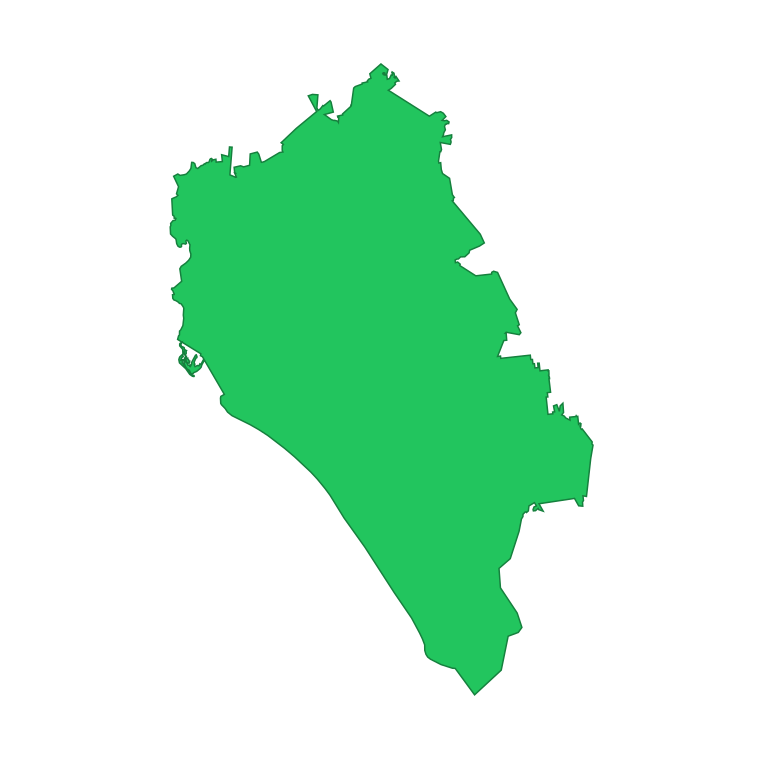 the district of Angostura, Sinaloa, Mexico, rotated 354°
{"feature_id": "50627088B44837755081847", "entity_name": "Angostura", "entity_type": "district", "adm_level": 2, "iso_a3": "MEX", "parent_name": "Mexico", "parent_adm1": "Sinaloa", "projection": "robinson", "projection_center": [-108.177, 25.118], "detail": "fine", "context": "isolated", "style": "filled", "palette": "green", "viewbox_px": 768, "rotation_deg": 354, "n_neighbors": 0, "source": "geoboundaries", "source_scale": "gbopen_adm2", "svg_char_len": 6131}
<svg xmlns="http://www.w3.org/2000/svg" viewBox="0 0 768 768"><g transform="rotate(354 384 384)"><path d="M524.7,339.2L522.1,326.9L524.2,323.7L517.9,312.7L508.6,284.9L504.8,283.3L502.8,284.2L502.5,285.9L486.6,286.0L471.7,274.1L472.3,272.8L470.0,270.4L467.7,270.8L467.7,268.1L469.5,267.4L471.1,267.4L473.4,265.6L477.7,265.9L482.3,262.5L483.2,259.9L493.4,256.8L498.5,254.2L495.4,245.1L471.0,209.0L472.1,208.7L472.5,206.4L473.5,205.9L471.8,202.9L470.7,186.3L464.2,180.8L463.4,176.6L463.5,169.8L461.7,170.0L461.5,168.0L463.9,158.8L464.7,158.9L465.7,156.9L465.2,149.7L475.0,152.6L475.8,151.0L476.0,150.1L475.7,147.6L477.1,146.0L477.3,143.3L468.1,144.2L469.3,142.1L469.6,140.6L471.6,137.6L471.1,134.3L471.5,133.4L472.3,132.1L473.5,132.1L474.0,131.4L475.5,131.8L476.1,130.2L473.9,128.3L471.7,128.5L469.4,127.9L473.5,124.5L471.3,120.9L468.8,119.1L464.8,119.7L463.9,119.0L457.1,122.4L419.0,92.3L422.1,90.8L426.7,87.2L426.2,85.7L428.4,84.2L430.6,84.2L428.1,79.5L427.0,80.9L426.1,80.0L426.7,78.9L426.4,75.9L424.7,74.5L424.3,75.3L425.2,75.6L424.4,77.8L423.5,77.4L421.4,80.8L419.1,81.3L419.1,77.3L416.4,76.6L416.2,77.1L416.2,76.5L415.2,75.3L415.8,74.4L417.1,74.6L416.7,75.9L419.1,76.1L420.9,71.7L414.4,65.4L402.3,74.0L403.0,78.6L400.6,79.3L399.0,81.0L399.3,81.8L393.7,82.4L393.6,83.4L386.5,85.2L384.8,86.5L380.6,103.5L380.2,103.3L379.9,104.5L371.0,111.1L371.1,112.1L365.8,112.7L366.0,114.0L366.9,113.9L366.0,119.1L365.3,117.7L362.4,116.6L361.9,116.8L359.3,115.6L352.9,109.8L362.0,108.3L360.8,98.0L360.0,96.6L352.9,101.2L352.3,100.7L349.3,103.8L347.1,105.0L346.1,102.5L348.5,89.5L343.1,88.5L338.8,89.5L345.5,106.0L323.5,120.6L306.9,133.3L309.0,135.2L307.7,136.4L307.2,140.9L307.7,142.7L304.3,142.9L288.3,150.3L285.6,150.8L285.2,150.7L283.5,142.3L282.2,140.1L275.0,141.2L273.2,152.4L267.1,153.4L264.2,152.0L257.6,152.8L257.6,158.1L259.1,159.6L257.6,158.8L258.8,162.8L258.2,163.0L252.6,159.9L257.7,132.6L255.1,132.1L253.3,141.6L246.5,139.0L246.5,145.9L240.3,145.8L240.3,142.9L237.7,143.2L235.8,144.4L235.8,143.9L236.6,143.1L236.7,142.6L236.1,141.7L235.2,141.8L234.4,142.4L233.2,144.9L232.4,145.4L231.0,145.2L229.3,146.0L229.1,146.5L228.3,146.3L226.5,147.6L225.0,147.7L221.3,150.2L219.6,149.2L218.8,145.0L217.3,143.7L215.9,143.5L214.5,149.4L212.7,151.7L209.5,154.5L207.1,155.0L202.9,155.2L200.9,153.6L196.5,155.4L200.3,166.3L197.5,173.2L198.8,174.8L197.1,176.1L192.4,177.6L192.3,178.1L191.5,193.5L191.6,194.1L192.8,195.2L192.7,197.2L194.1,197.3L194.4,197.6L193.4,199.3L191.2,199.5L188.6,202.0L188.6,204.0L187.8,205.4L187.4,212.5L189.2,215.0L191.9,217.7L192.3,218.6L192.5,222.8L193.5,225.4L194.9,226.5L196.3,226.6L197.0,226.1L197.1,224.2L198.0,223.5L199.1,223.4L201.3,224.1L202.2,223.5L201.9,221.1L202.8,220.3L203.8,220.8L205.6,225.3L204.9,228.6L204.8,231.1L205.5,234.6L205.0,237.7L202.7,240.5L199.4,243.1L194.6,245.8L193.0,248.1L193.5,260.7L185.1,266.5L183.0,266.5L182.6,267.5L183.9,269.5L184.3,271.5L184.7,271.9L184.7,273.0L183.0,273.1L182.9,276.8L183.8,278.4L186.0,279.5L188.2,281.3L188.9,282.4L190.6,283.0L192.4,286.3L192.8,287.8L191.6,294.6L191.7,297.7L190.1,304.9L187.4,309.1L186.2,310.0L185.7,313.8L184.7,314.7L183.4,318.1L205.0,334.8L204.4,336.6L206.3,337.9L224.1,377.6L220.4,379.3L219.9,381.0L219.6,386.2L220.2,387.6L223.4,391.7L225.5,395.6L229.5,399.6L246.7,410.5L254.6,416.2L263.0,423.0L278.2,437.4L287.3,446.9L301.9,463.8L307.7,471.5L314.4,481.7L318.7,489.0L330.3,513.1L347.9,544.2L372.4,592.6L387.0,619.7L393.4,635.4L395.6,641.6L397.2,647.7L396.7,653.2L397.5,657.3L398.9,660.1L401.5,662.6L411.4,669.0L422.3,673.8L425.1,674.3L441.6,702.6L470.7,680.8L481.1,647.8L491.6,645.1L495.7,640.5L492.5,625.7L478.5,598.9L479.1,579.4L491.3,570.9L502.9,544.7L506.6,532.6L508.3,530.4L508.6,528.1L511.1,526.0L511.8,526.0L512.3,526.7L514.3,525.3L515.4,520.4L521.2,517.7L522.9,521.2L520.4,521.9L519.1,524.4L519.3,525.8L521.5,525.8L524.2,523.8L524.7,525.1L529.0,527.1L525.6,519.3L561.5,517.7L564.9,525.5L568.9,526.3L569.1,522.1L570.2,520.8L570.2,516.0L573.6,517.0L581.8,479.7L585.5,466.6L584.8,465.9L584.6,464.9L585.0,463.4L576.4,449.4L575.6,449.8L575.0,448.8L574.6,446.3L575.4,446.3L575.4,444.6L575.8,444.3L574.9,443.3L573.3,444.4L573.3,436.4L572.3,436.5L571.8,435.6L571.3,436.4L565.2,436.4L565.2,439.4L561.0,436.6L560.1,434.9L557.5,433.3L559.6,431.1L559.9,421.8L556.9,424.2L555.6,429.6L553.7,422.6L550.3,423.5L550.8,429.5L548.8,429.5L548.8,431.3L543.9,431.3L543.9,414.0L545.6,414.0L545.5,409.7L548.8,409.6L548.6,396.0L549.2,396.0L549.2,394.6L548.9,394.5L549.0,393.3L548.6,393.2L548.6,392.2L549.1,391.7L549.3,388.1L548.6,388.1L548.7,387.1L540.5,387.2L540.5,379.5L539.0,379.4L539.0,383.8L535.8,383.8L535.7,379.5L534.2,379.4L534.2,375.1L532.5,375.0L532.5,370.6L502.8,370.7L502.8,368.4L499.8,368.5L507.7,353.3L510.6,353.3L510.8,346.0L510.1,346.0L510.9,345.3L523.7,349.1L525.5,347.3L522.9,340.1L524.7,339.2ZM197.9,347.0L197.3,345.1L198.0,344.5L197.6,343.7L197.5,342.4L199.6,338.7L200.5,338.3L200.9,337.5L200.4,335.4L199.6,335.6L195.6,341.4L194.9,342.6L194.9,343.6L193.8,345.7L193.3,345.8L193.2,346.4L192.7,346.2L192.9,344.8L191.1,344.9L190.3,342.8L188.8,341.1L188.7,340.1L189.3,339.2L189.7,339.3L189.7,341.5L192.0,342.9L192.7,342.8L193.2,340.9L192.5,340.8L192.1,339.2L191.3,338.3L191.4,337.7L189.1,338.0L190.1,337.4L190.3,336.3L188.8,336.9L187.4,339.7L187.5,343.2L188.4,346.0L189.8,348.6L191.5,349.7L192.0,350.5L193.1,353.8L195.1,353.7L196.0,352.8L199.0,351.9L202.3,349.7L203.9,348.2L204.9,345.8L207.9,341.5L207.2,340.6L204.1,345.2L203.8,345.4L203.0,344.7L201.8,346.6L200.4,346.1L197.9,347.0ZM184.4,339.2L185.6,336.6L187.2,335.8L186.9,334.9L187.3,333.0L183.7,335.7L183.1,336.8L182.5,338.4L182.8,341.6L188.4,348.0L191.8,354.1L194.3,356.3L195.7,356.7L196.1,356.3L195.8,355.6L194.1,355.2L192.3,353.4L188.1,346.2L187.6,343.6L187.1,343.5L186.8,343.9L186.1,342.2L185.5,342.0L185.7,340.0L186.9,339.3L186.8,338.8L186.2,338.7L184.4,339.2ZM190.6,330.7L191.1,330.2L189.2,328.8L189.1,327.1L188.6,326.5L186.9,325.7L186.2,324.6L186.2,323.2L187.3,321.4L185.5,322.2L185.0,322.8L184.8,324.7L187.4,328.5L187.2,332.8L187.5,332.9L188.6,331.2L188.6,333.2L189.6,336.0L190.0,335.7L189.5,334.3L190.5,332.9L190.6,330.7Z" fill="#22c55e" stroke="#15803d" stroke-width="1.5"/></g></svg>